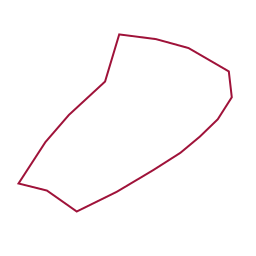 Águas de São Pedro, São Paulo, Brazil (Natural Earth projection), rotated 103°
{"feature_id": "56859067B74194604181360", "entity_name": "Águas de São Pedro", "entity_type": "district", "adm_level": 2, "iso_a3": "BRA", "parent_name": "Brazil", "parent_adm1": "São Paulo", "projection": "natural_earth1", "projection_center": [-47.876, -22.599], "detail": "fine", "context": "isolated", "style": "outline", "palette": "rose", "viewbox_px": 256, "rotation_deg": 103, "n_neighbors": 0, "source": "geoboundaries", "source_scale": "gbopen_adm2", "svg_char_len": 356}
<svg xmlns="http://www.w3.org/2000/svg" viewBox="0 0 256 256"><g transform="rotate(103 128 128)"><path d="M128.5,188.5L160.3,205.3L206.7,222.2L207.2,192.9L220.9,159.2L192.6,124.5L163.5,94.1L140.3,71.3L120.3,56.1L99.3,42.5L74.7,33.8L50.2,42.5L36.5,87.0L35.1,120.7L38.8,157.6L87.9,160.8L128.5,188.5Z" fill="none" stroke="#9f1239" stroke-width="2"/></g></svg>